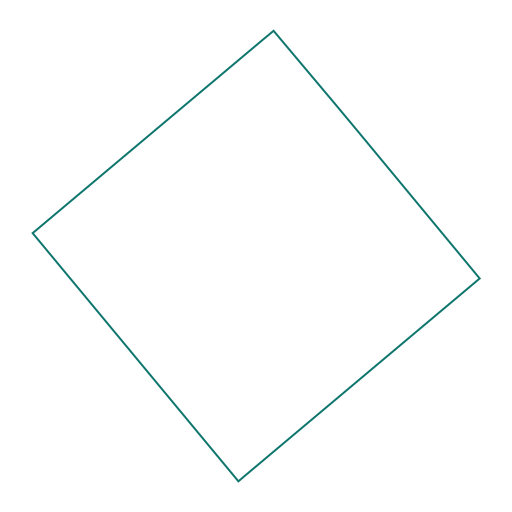 outline of Graham, Kansas, United States of America, rotated 320°
{"feature_id": "52423323B5145566427534", "entity_name": "Graham", "entity_type": "district", "adm_level": 2, "iso_a3": "USA", "parent_name": "United States of America", "parent_adm1": "Kansas", "projection": "equal_earth", "projection_center": [-99.853, 39.35], "detail": "fine", "context": "isolated", "style": "outline", "palette": "teal", "viewbox_px": 512, "rotation_deg": 320, "n_neighbors": 0, "source": "geoboundaries", "source_scale": "gbopen_adm2", "svg_char_len": 267}
<svg xmlns="http://www.w3.org/2000/svg" viewBox="0 0 512 512"><g transform="rotate(320 256 256)"><path d="M99.6,94.9L97.7,417.3L106.9,417.2L412.9,417.0L414.2,222.8L414.3,190.8L414.2,94.8L399.7,94.7L99.6,94.9Z" fill="none" stroke="#0f766e" stroke-width="2"/></g></svg>